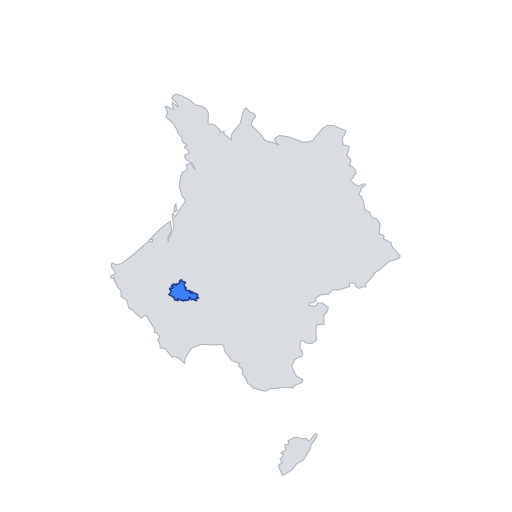 Tarn-et-Garonne on a map of France (orthographic projection), rotated 39°
{"feature_id": "FRA-5347", "entity_name": "Tarn-et-Garonne", "entity_type": "Metropolitan department", "adm_level": 1, "iso_a3": "FRA", "parent_name": "France", "parent_adm1": "", "projection": "orthographic", "projection_center": [1.243, 44.083], "detail": "fine", "context": "in_parent", "style": "filled", "palette": "blue", "viewbox_px": 512, "rotation_deg": 39, "n_neighbors": 0, "source": "natural_earth", "source_scale": "10m", "svg_char_len": 5921}
<svg xmlns="http://www.w3.org/2000/svg" viewBox="0 0 512 512"><g transform="rotate(39 256 256)"><path d="M360.8,211.0L358.3,212.7L356.9,215.8L355.3,216.6L352.2,216.9L350.6,215.1L347.0,216.6L345.6,218.6L348.0,220.8L341.3,230.9L336.8,233.8L336.2,240.1L330.9,245.2L329.1,250.3L329.0,251.3L330.6,252.8L330.1,256.1L327.4,258.3L327.6,260.4L328.4,260.6L332.6,258.7L334.2,256.7L333.1,254.1L337.3,250.7L345.1,250.9L346.4,255.2L345.6,258.8L351.8,266.2L347.1,270.2L347.0,272.6L352.6,280.1L356.0,283.1L354.7,288.5L349.5,292.3L346.1,292.2L344.7,293.2L344.9,294.8L347.6,299.4L353.7,302.1L354.8,305.6L353.3,307.0L351.0,312.6L352.3,315.3L352.0,316.5L352.7,318.3L354.4,320.0L362.9,324.0L370.2,322.6L371.4,325.2L367.4,332.6L367.9,335.8L365.6,336.0L365.3,337.1L360.8,339.9L353.8,347.6L350.5,349.9L349.3,353.7L347.4,355.8L336.8,360.6L334.8,359.8L329.5,360.2L326.1,357.8L319.7,356.5L317.5,352.8L311.6,352.4L311.1,349.8L303.0,352.5L291.3,349.5L287.1,345.9L283.8,347.0L280.9,350.4L268.7,359.5L263.9,368.7L265.1,379.3L268.1,384.5L260.4,383.8L255.8,385.5L254.7,387.7L243.7,385.2L239.7,387.5L238.6,387.3L237.2,385.1L231.8,382.6L232.6,380.9L231.9,379.3L226.9,378.1L225.1,379.7L223.2,376.6L209.2,371.7L206.9,371.8L206.0,376.5L196.9,376.3L195.6,375.5L189.8,376.4L183.7,371.8L176.8,372.5L172.7,367.8L168.6,367.4L162.9,364.9L160.3,363.6L160.0,362.2L158.2,364.2L156.1,363.7L155.6,363.1L157.1,360.5L157.5,357.6L150.4,355.2L148.6,352.9L148.6,351.8L152.5,350.9L156.1,347.0L159.8,332.2L162.7,314.6L164.5,311.3L166.7,310.5L165.1,308.0L162.8,311.1L164.6,295.0L167.4,282.9L173.1,288.0L174.5,290.2L176.0,297.5L179.2,300.6L177.2,297.6L175.3,288.0L174.0,285.2L165.0,276.9L164.7,275.1L168.8,276.2L167.3,270.1L166.7,257.5L161.2,256.0L152.5,250.3L146.8,240.5L146.3,236.8L148.0,233.1L146.7,230.6L144.2,228.8L146.3,225.7L148.2,225.4L154.4,227.5L149.4,224.2L141.0,224.9L137.7,223.7L137.2,221.4L139.6,218.6L136.9,216.6L132.1,216.8L131.6,216.0L133.1,214.0L131.9,213.2L128.0,213.8L125.8,213.0L123.9,210.5L117.7,209.6L116.4,208.2L107.9,204.9L98.9,204.8L96.7,199.9L91.5,197.2L92.7,195.8L98.2,194.7L99.4,193.5L95.5,191.3L94.3,189.2L101.6,189.3L98.5,187.0L91.4,186.6L90.7,183.7L91.8,180.9L96.1,178.6L106.4,176.4L113.8,176.8L119.3,173.7L124.5,173.1L129.3,175.0L135.5,183.6L141.0,180.2L148.9,180.7L150.5,182.8L152.7,179.1L154.4,181.3L164.1,181.0L161.9,179.4L160.2,175.8L160.3,162.9L155.8,153.4L154.7,149.9L155.1,147.1L160.8,147.8L165.5,146.7L167.8,147.6L168.1,153.6L170.0,157.2L183.1,158.6L190.7,160.6L197.1,157.3L203.1,155.9L203.6,155.1L200.1,155.3L197.0,153.8L196.6,152.2L198.3,147.5L207.4,142.4L220.7,138.1L224.1,135.1L228.0,129.8L227.1,128.4L227.6,114.0L229.5,109.2L234.4,105.8L247.0,102.2L248.6,106.7L248.6,109.3L252.0,113.3L253.7,114.6L259.2,112.2L261.9,116.0L262.8,120.2L269.6,121.8L271.7,127.3L272.9,126.0L277.1,126.2L279.1,126.6L281.9,128.9L281.2,132.3L282.5,133.8L281.4,136.9L282.3,138.2L290.0,137.9L292.3,136.4L293.2,133.3L295.5,131.4L296.4,131.9L295.2,137.7L296.3,139.1L297.1,143.2L300.0,143.4L305.9,146.4L311.1,151.6L317.0,150.4L321.9,153.1L326.6,151.2L331.3,152.6L333.0,154.1L337.9,161.4L341.1,159.7L343.5,160.4L344.4,162.5L353.1,160.6L354.9,162.6L356.7,163.3L368.1,165.2L368.5,168.0L362.8,176.7L360.9,188.5L359.3,192.6L358.9,195.7L359.6,197.7L359.5,200.8L358.7,208.5L359.7,210.6L360.8,211.0ZM417.5,362.9L417.3,367.8L419.4,371.1L421.3,384.7L418.4,391.7L418.5,399.8L414.8,409.8L407.4,406.2L405.0,404.1L406.6,400.3L402.4,398.7L403.0,395.0L402.4,393.3L399.6,393.4L399.3,392.4L401.2,389.5L401.0,387.8L398.1,385.9L397.4,384.1L399.9,381.7L398.5,379.9L397.0,379.6L400.0,373.0L402.3,370.9L407.6,368.6L409.6,366.1L413.3,367.0L413.8,366.3L414.0,356.3L415.3,356.1L416.5,357.3L417.5,362.9ZM165.6,270.7L164.7,273.6L161.3,268.5L161.0,265.8L165.6,270.7Z" fill="#d9dde1" stroke="#a8b0b8" stroke-width="1"/><path d="M237.9,328.1L237.6,328.4L236.7,328.3L236.0,328.9L235.4,329.0L235.0,328.9L234.0,329.5L233.8,329.7L233.4,330.4L233.2,330.6L231.0,329.7L230.4,329.9L230.2,330.6L230.6,331.1L231.0,331.6L231.4,332.0L231.3,332.7L230.9,333.2L230.0,334.0L229.4,334.8L229.2,335.0L228.2,334.9L227.9,335.1L227.8,335.4L228.0,336.1L228.0,336.4L227.7,336.6L227.2,336.9L227.0,337.0L226.8,337.0L226.5,336.8L226.3,336.8L226.1,336.9L225.6,337.6L225.3,337.7L225.0,337.7L224.4,337.6L223.7,337.6L222.0,338.6L222.5,339.1L223.1,339.3L223.4,339.6L220.7,341.1L220.1,341.2L219.6,340.7L219.2,340.2L218.8,339.8L218.1,339.8L217.4,340.2L216.1,340.1L213.8,340.7L212.5,340.7L212.7,340.1L212.7,339.8L212.5,338.6L212.4,337.3L212.2,336.8L211.9,336.4L211.6,336.3L211.0,336.4L210.3,336.3L209.6,336.0L209.3,335.5L209.6,335.4L209.9,335.1L211.2,333.5L211.4,332.9L211.4,332.4L211.1,332.1L210.7,332.0L209.6,332.6L209.4,332.8L209.3,332.4L209.2,332.0L209.1,331.8L208.9,331.5L208.9,331.2L209.0,331.0L209.1,330.5L209.3,330.3L209.4,330.1L209.9,329.9L210.1,329.7L210.3,329.3L210.3,329.1L210.7,328.9L210.9,328.9L211.1,328.9L211.5,329.1L212.0,329.2L212.3,329.0L212.5,328.9L212.5,328.6L212.4,328.4L212.2,328.2L211.9,328.0L211.9,327.8L212.5,327.5L212.7,327.2L213.6,325.3L213.7,325.1L213.7,324.8L213.7,324.6L213.3,324.4L212.7,324.2L212.5,323.9L212.3,323.5L212.3,323.3L212.6,322.8L212.6,322.6L212.6,322.4L212.7,322.2L212.7,321.8L212.7,321.6L212.9,321.4L213.1,321.4L213.3,321.5L213.5,321.6L213.8,321.8L214.3,321.9L216.2,321.7L216.5,321.4L217.3,321.0L217.7,320.9L218.0,321.2L217.9,321.7L217.7,322.5L217.7,323.0L218.0,323.4L218.4,323.8L220.0,324.7L220.8,325.0L221.3,324.6L221.6,324.6L222.0,325.0L221.9,325.2L221.7,325.6L221.5,325.9L221.7,326.1L222.9,326.5L223.5,326.6L225.2,325.6L225.7,325.1L226.0,324.5L226.4,324.7L226.8,324.9L227.0,325.2L227.3,325.7L227.7,326.1L228.2,326.1L228.6,325.8L228.5,325.3L228.3,324.6L228.4,324.1L228.8,324.0L229.4,324.0L229.5,324.2L229.8,324.8L230.0,324.9L231.0,323.9L232.9,323.0L234.7,322.9L235.6,322.6L235.3,322.9L235.3,323.3L235.4,323.8L235.3,324.1L235.8,324.5L237.7,324.7L237.5,325.5L236.5,326.0L236.2,326.8L236.5,327.5L237.8,327.9L237.9,328.1Z" fill="#3b82f6" stroke="#1e3a8a" stroke-width="1.5"/></g></svg>